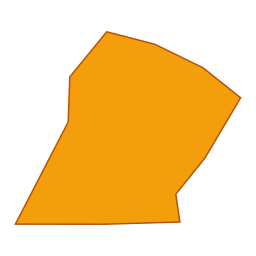 map outline of Saint John (orthographic projection)
{"feature_id": "GRD-5073", "entity_name": "Saint John", "entity_type": "Parish", "adm_level": 1, "iso_a3": "GRD", "parent_name": "Grenada", "parent_adm1": "", "projection": "orthographic", "projection_center": [-61.707, 12.147], "detail": "fine", "context": "isolated", "style": "filled", "palette": "amber", "viewbox_px": 256, "rotation_deg": 0, "n_neighbors": 0, "source": "natural_earth", "source_scale": "10m", "svg_char_len": 267}
<svg xmlns="http://www.w3.org/2000/svg" viewBox="0 0 256 256"><path d="M15.4,224.1L68.2,122.0L69.8,76.9L106.7,31.8L154.8,44.3L203.0,67.8L240.6,97.8L205.1,157.8L175.8,194.2L179.9,222.0L104.6,224.2L15.4,224.1Z" fill="#f59e0b" stroke="#b45309" stroke-width="1.5"/></svg>